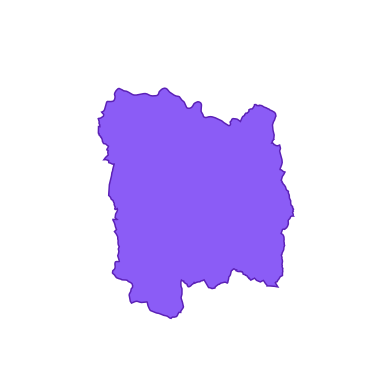 the district of Hoghiz, Brasov, Romania, rotated 55°
{"feature_id": "2599482B55739363536318", "entity_name": "Hoghiz", "entity_type": "district", "adm_level": 2, "iso_a3": "ROU", "parent_name": "Romania", "parent_adm1": "Brasov", "projection": "orthographic", "projection_center": [25.347, 45.951], "detail": "fine", "context": "isolated", "style": "filled", "palette": "violet", "viewbox_px": 384, "rotation_deg": 55, "n_neighbors": 0, "source": "geoboundaries", "source_scale": "gbopen_adm2", "svg_char_len": 6039}
<svg xmlns="http://www.w3.org/2000/svg" viewBox="0 0 384 384"><g transform="rotate(55 192 192)"><path d="M283.8,228.3L283.1,227.4L283.0,226.9L282.8,223.5L283.3,222.3L283.1,221.0L284.5,217.2L285.3,216.2L286.8,215.4L286.7,214.7L285.2,213.1L284.5,212.2L282.9,210.7L282.5,210.0L282.5,209.5L281.9,208.1L279.3,205.2L279.0,204.7L279.2,204.1L279.0,203.5L279.0,202.6L278.9,202.5L279.0,202.1L278.9,201.9L279.4,201.4L280.7,201.1L281.1,200.5L281.5,200.8L281.6,200.4L281.9,200.7L282.2,200.7L283.2,200.2L284.3,199.0L284.5,198.6L284.4,198.2L284.9,197.7L285.5,197.6L285.4,197.3L285.6,197.0L286.4,196.6L287.7,196.8L288.6,197.2L289.6,196.5L290.1,195.9L290.9,196.0L291.6,195.3L292.3,195.0L293.3,195.2L294.2,194.8L295.4,195.0L295.6,194.5L296.4,194.6L297.9,194.4L298.5,190.2L301.4,189.8L304.9,187.6L305.3,184.3L306.5,184.2L308.6,184.3L311.7,184.1L312.0,184.4L313.7,182.0L316.8,178.3L319.0,176.1L314.1,175.8L313.9,175.2L314.3,173.5L313.6,172.7L313.3,171.2L312.2,168.8L312.0,168.0L312.3,165.8L310.0,164.2L309.4,163.4L307.1,162.0L307.0,161.6L304.8,161.0L303.9,160.1L303.0,159.9L300.8,157.7L299.5,157.0L298.2,156.6L297.2,155.8L295.1,155.1L294.6,154.5L294.5,153.8L293.8,153.4L291.9,150.0L289.9,148.3L288.9,146.8L287.9,146.5L286.3,145.5L284.7,144.8L284.2,144.1L281.6,142.5L280.0,142.1L278.8,142.1L277.1,142.8L274.6,139.4L275.0,138.1L275.6,137.7L275.7,136.8L275.4,136.4L275.6,135.7L275.5,135.0L274.9,133.5L273.4,131.3L272.7,131.1L271.9,130.3L270.8,129.9L270.1,128.7L269.9,127.1L268.9,125.5L268.8,125.2L268.9,124.1L269.9,122.7L269.4,122.7L268.3,121.9L266.3,121.3L265.8,120.0L265.3,120.0L264.6,119.4L264.3,118.7L262.5,118.7L262.3,118.3L261.5,118.0L259.4,118.3L257.8,117.6L255.8,116.2L252.9,115.7L250.3,114.1L247.9,113.6L246.8,112.7L245.7,112.9L245.2,113.3L243.8,113.3L241.5,112.5L239.1,112.4L238.3,112.7L236.3,112.5L235.9,112.7L235.1,112.2L233.5,112.2L233.1,111.5L231.1,109.1L230.3,106.9L229.0,104.4L227.5,105.5L225.2,106.1L224.1,107.0L223.6,106.6L221.0,102.8L219.6,101.2L217.2,99.8L209.1,96.9L208.4,96.4L207.3,94.8L206.8,94.4L203.8,93.3L203.3,95.3L202.1,96.6L200.5,97.3L200.1,97.7L199.5,97.5L198.5,97.7L197.6,98.6L197.1,97.4L196.4,97.1L196.1,95.7L195.7,95.1L195.8,94.7L195.3,94.7L195.0,94.2L192.4,92.0L187.8,90.2L183.2,87.6L181.1,84.8L180.4,83.2L178.3,80.4L178.0,79.7L175.7,78.7L174.1,78.7L171.4,79.9L169.5,81.1L168.0,81.5L167.4,82.1L165.8,82.8L163.8,84.2L161.3,85.3L159.7,86.8L159.6,87.1L159.8,87.7L158.9,88.3L158.9,88.6L158.4,89.3L157.0,89.5L156.3,90.7L157.2,91.6L158.5,94.8L157.5,96.7L157.3,98.2L158.7,99.3L159.0,101.8L158.3,102.5L158.7,104.3L159.4,105.1L159.3,107.2L160.0,108.7L162.0,111.9L158.5,113.1L157.5,113.9L155.4,116.3L155.3,117.6L156.1,118.8L156.3,119.4L156.4,120.4L156.8,120.8L157.9,121.1L158.8,121.8L159.1,122.9L158.9,123.6L158.4,124.0L153.7,126.0L150.8,126.8L144.7,130.3L142.2,132.2L140.9,133.6L140.0,135.2L139.1,137.7L138.4,138.6L137.2,139.2L136.8,139.3L134.9,138.7L131.2,138.3L129.8,137.3L126.4,134.5L125.5,134.0L124.0,133.8L122.7,134.3L122.0,134.8L121.3,135.7L120.8,138.1L120.8,139.1L120.9,139.9L121.9,141.9L122.4,143.6L122.4,144.5L122.1,145.8L121.7,146.5L120.6,147.7L119.5,147.9L114.3,146.9L113.4,146.9L110.8,147.6L106.8,147.7L106.1,148.1L104.1,150.1L102.4,151.1L97.2,153.1L93.5,153.4L92.1,154.0L91.1,155.1L90.9,155.8L90.6,156.7L90.5,158.1L91.0,161.2L92.7,163.6L92.9,164.9L92.6,166.0L90.6,169.3L89.0,170.9L85.9,172.6L84.5,173.9L83.7,175.2L80.6,182.1L79.2,184.0L77.9,184.9L73.6,186.9L72.0,187.8L69.9,189.9L68.3,190.6L65.4,192.3L65.1,192.9L65.0,193.5L65.3,195.4L65.7,196.7L66.7,198.6L67.6,199.5L69.3,200.1L70.5,200.9L71.6,202.1L72.3,203.5L72.4,204.0L72.1,205.2L71.3,206.7L69.4,209.2L69.4,210.3L74.3,216.3L74.9,217.6L75.0,218.3L74.9,219.6L74.7,220.2L75.4,220.2L77.7,219.8L78.9,220.8L79.1,221.2L79.0,224.7L78.2,226.2L78.1,226.7L81.5,227.8L81.9,228.4L82.5,228.8L84.3,229.1L85.0,229.7L85.6,230.0L84.7,231.0L90.0,234.9L90.6,234.7L90.9,235.1L91.4,234.9L92.1,235.4L93.0,235.1L94.7,235.3L95.2,234.9L96.1,235.3L96.9,235.3L97.8,235.6L99.1,236.3L101.3,236.6L102.0,236.4L102.4,235.8L103.3,235.1L105.2,234.7L106.6,234.2L107.4,235.2L108.0,236.8L108.6,237.6L109.8,236.9L111.3,238.3L113.6,239.4L114.1,243.0L115.0,245.7L116.1,244.0L118.2,242.4L118.6,242.3L119.3,242.9L120.3,243.3L121.5,242.3L123.5,241.2L124.5,239.8L128.0,243.9L129.3,245.1L130.2,246.5L132.6,248.7L138.6,255.5L147.0,262.2L149.3,261.8L151.8,262.3L153.7,261.5L154.5,261.9L156.8,262.2L157.3,262.8L159.1,263.4L160.3,263.4L161.3,264.8L162.1,265.0L162.4,264.7L162.6,264.2L162.7,262.8L163.5,263.1L164.0,263.3L165.2,265.0L165.6,266.0L166.3,267.3L168.9,269.7L171.5,269.1L171.2,269.7L170.5,270.4L169.8,271.7L169.1,272.4L169.4,272.8L172.4,273.2L174.4,273.8L176.6,274.7L179.5,275.4L179.9,278.2L182.5,278.1L185.4,278.4L186.5,278.8L187.8,279.7L189.5,280.4L190.7,281.4L192.3,282.4L193.9,282.9L195.0,282.9L196.4,285.1L198.6,285.9L200.2,287.5L201.6,289.4L206.0,290.8L207.2,291.4L206.9,292.1L205.6,293.8L205.4,294.6L205.5,295.2L206.7,296.4L209.3,297.9L210.1,298.7L210.7,299.6L211.1,302.1L212.7,303.6L213.7,303.5L215.7,303.0L216.3,303.2L216.9,303.0L218.0,303.1L218.9,303.0L221.2,301.5L222.4,300.4L223.8,299.7L226.3,296.5L227.3,295.7L228.8,295.5L230.6,294.4L232.6,293.7L234.8,294.4L236.1,295.6L236.3,296.9L236.6,297.5L238.3,299.2L239.6,301.8L240.4,302.6L246.1,305.2L248.3,305.3L249.1,301.5L249.6,300.3L250.2,299.5L252.2,298.0L253.5,296.8L256.2,292.0L256.6,291.9L259.7,293.2L261.9,293.7L264.4,294.1L265.3,294.0L270.7,290.5L272.3,288.9L274.0,287.7L276.8,285.9L278.5,284.3L279.7,283.4L282.4,282.5L283.5,281.6L283.2,280.3L283.3,279.7L284.4,278.2L285.1,276.2L285.0,275.6L284.5,274.4L283.8,273.3L283.1,271.7L284.2,270.3L283.2,269.5L281.8,265.8L281.2,264.9L276.9,263.1L273.0,261.9L272.1,261.4L269.9,258.8L265.5,255.7L263.0,255.1L260.9,253.8L259.3,252.7L258.1,251.2L259.6,250.6L260.2,249.9L260.8,250.3L262.8,249.9L264.7,249.0L265.3,249.1L265.9,249.5L267.5,249.4L268.1,248.2L268.1,246.6L267.8,245.4L267.8,243.0L267.4,242.2L268.3,242.1L268.6,240.2L269.1,238.7L270.1,236.9L270.0,235.9L270.4,234.5L270.6,234.4L270.9,232.5L279.8,233.2L281.0,232.0L282.6,231.0L283.8,228.3Z" fill="#8b5cf6" stroke="#5b21b6" stroke-width="1.5"/></g></svg>